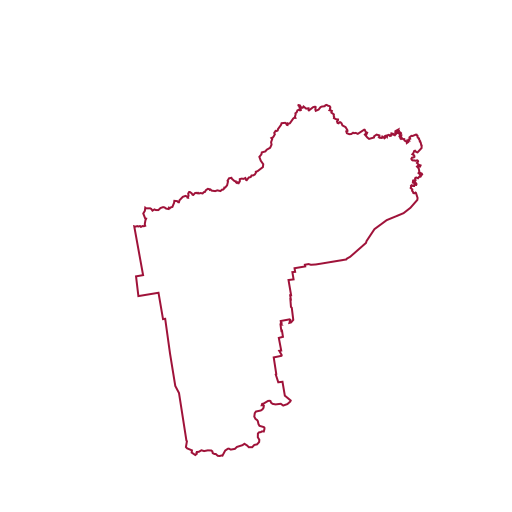 outline of Chascomús, Buenos Aires, Argentina, rotated 308°
{"feature_id": "61730980B62875315745131", "entity_name": "Chascomús", "entity_type": "district", "adm_level": 2, "iso_a3": "ARG", "parent_name": "Argentina", "parent_adm1": "Buenos Aires", "projection": "orthographic", "projection_center": [-57.761, -35.598], "detail": "fine", "context": "isolated", "style": "outline", "palette": "rose", "viewbox_px": 512, "rotation_deg": 308, "n_neighbors": 0, "source": "geoboundaries", "source_scale": "gbopen_adm2", "svg_char_len": 6136}
<svg xmlns="http://www.w3.org/2000/svg" viewBox="0 0 512 512"><g transform="rotate(308 256 256)"><path d="M293.9,189.7L291.1,189.6L290.4,188.9L289.6,189.4L287.9,189.1L287.4,188.4L285.3,188.0L283.9,185.1L282.0,183.9L280.2,180.8L280.4,179.2L279.7,178.8L280.0,178.3L279.3,176.7L277.0,176.0L275.0,176.3L274.2,175.6L272.4,175.4L271.5,173.6L270.1,172.5L270.1,171.4L269.2,171.1L269.0,170.0L268.0,169.2L265.5,169.0L265.2,168.3L265.8,166.7L265.7,164.5L265.3,163.9L263.5,164.1L261.9,165.8L260.7,165.9L260.1,166.6L259.8,166.1L260.4,165.2L260.0,163.5L257.6,161.9L252.8,161.4L250.9,162.2L250.5,161.7L250.7,160.1L249.2,157.7L247.5,158.7L243.2,159.9L241.8,158.9L240.6,158.7L240.5,157.7L239.2,158.2L238.0,155.9L238.0,154.1L237.3,152.7L235.0,151.2L232.1,150.8L230.5,148.7L230.2,147.3L228.0,146.5L228.6,144.5L228.4,143.2L225.9,140.0L225.9,139.0L223.2,140.6L220.1,141.0L217.4,145.5L217.8,146.4L216.0,146.9L212.5,148.8L211.6,150.1L210.4,149.3L209.8,148.2L208.1,147.4L208.2,146.2L206.7,145.0L206.5,144.1L204.8,142.8L204.4,141.8L171.4,178.8L166.1,174.0L152.0,188.0L167.0,201.8L149.0,221.6L150.6,223.1L126.2,248.3L103.9,272.4L100.6,279.7L67.8,314.7L67.5,315.6L62.3,318.4L62.0,320.1L63.4,325.2L61.5,326.3L61.8,330.7L63.7,331.1L64.1,330.3L65.1,330.0L66.5,331.5L69.3,332.6L70.3,335.2L73.2,337.7L75.2,340.5L75.2,341.8L74.0,343.3L74.4,345.2L75.2,346.2L75.0,348.9L76.1,350.6L77.6,351.6L78.0,352.5L83.7,351.5L86.8,352.5L87.5,353.2L87.9,355.3L91.0,358.1L93.8,358.5L98.6,361.8L100.9,362.5L101.2,365.7L100.9,368.1L103.0,370.7L106.1,371.0L108.2,372.8L111.3,373.0L113.2,371.8L114.3,369.0L117.3,366.8L119.0,367.0L120.1,368.2L121.5,368.7L122.5,370.2L125.0,369.1L125.9,368.3L126.0,367.5L124.3,363.3L125.1,361.4L127.0,359.1L127.4,357.9L127.3,355.9L128.4,353.5L131.4,351.8L133.4,351.7L137.2,354.9L139.1,355.5L141.0,355.4L142.9,354.3L142.8,353.5L141.9,352.4L143.3,351.9L144.3,352.8L149.2,354.7L150.4,356.0L150.6,356.7L149.7,358.2L149.7,360.1L151.1,362.8L154.8,366.5L154.9,369.5L158.6,371.9L162.4,372.6L163.5,372.3L163.7,364.7L173.2,354.3L170.2,351.3L174.8,344.5L175.4,344.7L187.0,332.4L193.0,337.5L193.7,337.3L195.6,332.7L197.0,334.1L205.5,324.4L208.9,327.0L213.1,322.5L212.6,322.2L214.3,320.3L217.1,317.5L217.6,318.2L217.7,317.7L218.6,317.7L219.0,317.3L218.7,316.8L220.0,315.5L226.8,321.5L226.8,322.3L223.9,323.5L225.2,324.5L228.6,324.7L237.2,316.1L237.4,314.9L243.1,309.7L243.3,310.1L246.1,307.1L246.7,307.8L257.1,296.4L260.7,300.0L265.7,294.6L267.6,296.6L270.1,293.9L278.1,301.2L279.2,299.9L282.0,302.4L282.9,304.7L286.2,308.4L308.9,329.3L309.8,329.2L313.4,330.7L334.0,334.6L335.9,333.9L350.1,332.8L364.7,336.9L380.6,345.9L389.0,348.0L399.5,348.6L401.2,347.6L404.2,343.2L404.2,342.6L402.8,342.1L402.5,341.2L403.3,340.0L403.5,338.8L404.7,338.2L404.8,336.0L406.1,335.6L406.7,334.9L407.7,335.1L407.8,336.6L408.5,337.5L410.7,336.2L411.1,336.4L410.1,337.7L410.6,338.5L411.5,338.2L412.4,335.7L412.1,335.3L410.9,335.5L410.4,334.4L412.2,333.3L414.1,334.9L415.1,333.6L415.8,333.5L416.6,334.1L417.0,335.8L418.7,335.8L419.8,336.8L420.6,336.7L420.8,335.2L421.5,334.9L421.6,336.6L422.6,336.7L423.0,335.9L422.7,334.6L421.4,333.8L421.4,333.0L423.0,332.8L425.2,330.3L425.6,327.8L426.6,328.0L427.5,330.2L428.7,329.9L428.1,328.0L428.4,325.5L430.2,325.6L430.7,325.0L430.7,324.2L429.1,322.9L428.7,321.7L427.9,320.9L427.7,319.7L428.2,318.6L429.6,318.4L430.8,319.6L431.7,319.8L432.7,318.7L432.4,316.6L434.4,316.6L436.0,316.0L436.9,316.5L436.6,318.3L437.1,319.5L443.0,320.0L445.1,318.5L445.0,318.1L446.9,315.8L447.0,314.7L447.6,314.6L448.4,312.4L449.0,312.1L448.9,310.5L450.2,309.2L450.0,308.5L450.5,307.9L450.2,307.3L447.0,305.5L446.4,304.5L444.0,303.9L443.3,305.3L441.9,304.6L441.2,305.7L440.4,304.4L439.5,305.8L437.9,305.3L439.1,304.1L438.5,303.0L438.5,301.8L439.4,300.9L438.7,300.0L438.6,298.8L437.5,298.3L437.5,297.7L439.1,297.5L439.2,297.1L438.2,296.5L438.6,295.4L439.3,295.4L439.6,296.3L440.5,296.2L439.9,294.8L440.4,294.1L440.9,294.1L441.4,294.9L442.1,294.7L442.2,294.0L441.0,293.8L440.5,292.7L442.0,293.0L441.9,291.8L442.6,291.5L442.1,290.8L443.3,290.3L440.3,289.0L439.7,289.6L441.0,290.0L440.6,291.2L440.0,291.1L439.1,289.7L438.7,290.0L439.1,290.5L438.5,291.2L436.9,291.1L437.5,289.6L436.7,290.4L436.4,290.2L435.9,289.1L436.6,288.6L436.0,287.2L433.8,288.3L433.1,287.7L433.5,287.1L433.2,286.0L432.0,285.4L430.9,285.8L431.3,285.0L430.4,284.9L430.5,284.1L429.9,283.8L428.9,285.0L427.8,284.7L428.1,283.5L427.9,282.0L426.5,282.5L425.2,280.5L425.3,279.7L426.0,279.9L427.0,279.0L425.9,276.3L423.1,275.4L422.0,276.0L417.9,273.0L417.9,270.8L418.7,267.0L419.5,267.1L419.9,268.1L421.6,267.7L421.3,266.0L422.4,264.0L422.2,263.5L414.9,261.0L414.4,258.8L413.1,257.6L412.9,256.6L410.8,256.0L409.4,254.5L408.7,252.0L409.8,250.4L410.8,251.1L411.4,250.6L412.7,247.2L412.1,243.7L413.2,241.8L413.4,240.2L412.9,239.5L411.4,239.4L411.0,238.4L411.9,237.0L413.6,237.0L414.1,236.6L413.1,235.0L412.6,232.5L413.7,232.0L414.1,231.1L415.5,230.2L415.4,227.1L417.0,226.5L416.1,224.2L417.5,224.1L417.7,223.5L419.0,223.0L419.4,221.7L418.6,219.8L418.6,218.7L417.6,217.9L416.3,217.9L414.2,215.8L413.0,215.2L409.9,215.2L407.2,213.7L407.9,212.6L410.1,211.3L410.0,210.6L408.5,209.4L403.3,208.1L403.3,207.6L404.7,206.4L403.0,204.8L403.1,201.4L401.5,201.5L400.8,200.3L401.7,197.8L401.1,196.6L400.7,196.8L400.6,198.2L399.7,199.0L399.6,200.5L398.6,201.5L397.8,201.0L397.6,199.7L396.2,199.0L394.2,199.6L392.7,199.2L391.9,200.1L389.8,200.9L389.1,202.0L388.3,201.0L387.3,200.7L381.5,201.0L380.2,200.2L380.0,199.4L378.6,200.2L378.3,199.5L379.0,198.0L378.9,197.0L376.4,194.4L374.7,195.0L369.5,195.2L368.3,195.8L367.1,195.3L366.7,194.4L364.2,194.6L363.5,195.9L361.0,196.3L359.9,196.3L358.4,195.5L358.1,196.8L355.0,197.8L353.3,199.7L350.0,200.5L346.3,199.0L344.2,199.0L341.2,196.8L339.3,197.7L336.2,197.6L334.0,201.1L332.8,205.2L330.3,206.7L323.8,205.0L322.3,204.0L321.7,204.6L319.5,204.9L317.8,204.2L316.7,202.9L314.9,203.2L313.5,202.0L310.0,202.0L309.8,201.5L310.9,199.6L309.2,198.8L308.1,197.0L306.6,195.9L304.8,197.3L302.8,197.5L302.9,196.3L301.8,196.2L301.7,195.7L301.8,194.7L302.4,194.2L301.8,192.9L302.0,189.5L302.5,188.5L300.6,186.9L297.7,187.3L297.4,188.1L293.9,189.7Z" fill="none" stroke="#9f1239" stroke-width="2"/></g></svg>